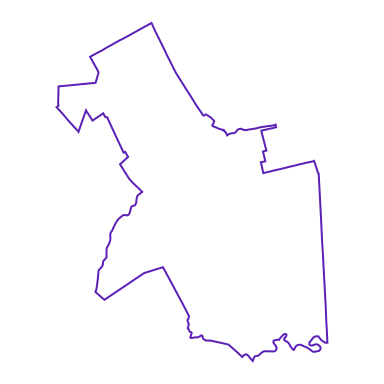 Parta, Timis, Romania
{"feature_id": "2599482B10795171488461", "entity_name": "Parta", "entity_type": "district", "adm_level": 2, "iso_a3": "ROU", "parent_name": "Romania", "parent_adm1": "Timis", "projection": "orthographic", "projection_center": [21.142, 45.621], "detail": "fine", "context": "isolated", "style": "outline", "palette": "violet", "viewbox_px": 384, "rotation_deg": 0, "n_neighbors": 0, "source": "geoboundaries", "source_scale": "gbopen_adm2", "svg_char_len": 5772}
<svg xmlns="http://www.w3.org/2000/svg" viewBox="0 0 384 384"><path d="M327.4,342.7L326.9,331.6L326.4,323.2L325.9,312.3L325.9,309.7L325.2,297.3L324.4,282.0L323.5,265.7L323.0,255.3L322.5,247.9L322.0,239.3L321.1,220.2L319.6,190.8L319.1,181.5L318.7,173.7L318.1,173.2L315.0,163.5L314.1,160.9L313.7,161.1L310.9,161.8L306.9,162.6L302.0,163.8L299.4,164.4L295.4,165.4L291.5,166.3L283.1,168.4L279.7,169.2L274.3,170.4L270.4,171.4L269.2,171.7L263.3,173.1L261.5,164.9L260.8,162.3L265.3,161.3L263.8,155.0L263.0,151.5L266.4,150.6L265.9,148.7L264.1,141.8L262.4,135.2L261.5,131.6L261.4,130.6L265.5,129.7L270.3,128.6L271.3,128.4L271.5,128.3L272.1,128.3L272.9,128.1L273.7,127.8L274.5,127.6L276.0,127.3L275.9,126.9L275.9,126.6L275.9,126.0L275.7,125.5L275.6,124.6L274.1,125.2L273.7,125.4L273.3,125.4L272.7,125.5L271.9,125.6L270.8,125.8L269.4,126.0L267.4,126.2L265.9,126.4L265.5,126.5L264.3,126.7L263.2,126.8L262.3,126.9L261.3,127.1L260.5,127.3L259.2,127.6L257.4,128.0L256.5,128.3L255.4,128.5L254.4,128.7L253.2,128.9L251.9,129.1L251.1,129.2L250.4,129.3L249.1,129.5L247.9,129.8L246.7,130.0L245.9,130.1L245.3,130.1L244.9,130.0L243.5,129.8L243.1,129.7L242.5,129.4L241.5,129.0L241.2,128.8L240.7,128.8L240.4,128.8L239.0,129.1L238.5,129.2L238.1,129.4L237.9,129.6L237.4,129.9L237.2,130.1L237.0,130.4L236.8,130.8L236.4,131.4L236.1,131.8L235.4,132.4L235.1,132.6L234.7,132.9L234.1,133.1L233.3,133.2L232.6,133.2L231.8,133.3L231.0,133.4L230.4,133.6L229.9,133.7L229.1,134.0L228.6,134.3L228.3,134.5L227.9,134.9L227.2,135.4L226.2,133.3L225.9,132.9L225.8,132.6L225.6,132.3L225.5,132.2L225.5,131.9L225.3,131.8L225.2,131.7L224.9,131.5L224.7,131.5L224.6,131.4L224.2,130.5L223.7,129.9L223.1,130.4L222.9,130.2L221.6,129.5L221.3,129.3L220.9,129.3L220.4,129.2L219.8,129.1L219.2,128.8L217.7,128.2L215.7,127.3L214.3,126.8L213.6,126.5L212.3,125.7L212.5,125.0L213.5,123.0L214.0,122.1L214.1,120.9L211.4,118.0L208.9,116.2L206.0,114.5L205.6,114.4L204.6,115.1L203.3,116.1L203.5,115.8L199.9,110.6L198.0,107.8L196.1,104.9L195.6,104.3L195.4,103.9L193.6,100.9L190.5,95.9L185.7,88.5L179.9,79.2L175.6,72.4L174.9,70.9L173.1,67.4L168.6,58.3L166.7,54.8L166.5,54.2L166.1,53.2L163.9,48.6L162.0,44.8L158.6,37.9L155.8,32.3L153.9,28.2L151.5,23.0L151.0,23.3L144.6,26.8L133.0,33.2L121.6,39.5L121.2,39.5L113.6,43.7L110.7,45.4L106.3,47.8L102.0,50.4L97.2,52.9L93.9,54.7L90.1,56.8L97.3,69.8L98.3,71.6L98.5,72.9L95.6,82.8L58.6,86.4L58.2,100.3L58.1,103.2L58.2,104.4L58.6,105.7L56.6,107.2L57.0,107.6L63.1,114.3L68.4,120.6L78.2,131.4L78.5,131.8L83.2,118.3L86.0,110.4L86.6,111.5L90.2,116.9L92.5,120.6L97.1,117.5L103.2,113.3L105.4,117.2L107.1,117.2L118.0,140.7L123.1,151.6L123.6,152.7L125.2,151.9L128.1,156.9L120.0,164.3L122.7,168.5L126.4,174.4L129.3,179.0L131.2,181.0L131.7,181.6L131.7,181.8L137.1,186.9L138.8,188.4L138.8,188.5L142.2,191.9L139.7,193.9L137.6,195.6L137.1,196.7L136.7,198.3L136.4,200.9L136.1,203.0L135.2,205.0L134.7,205.4L133.9,205.7L132.8,205.9L132.0,206.3L131.3,207.0L130.8,208.4L130.3,210.6L129.6,213.1L129.2,213.9L128.4,214.8L127.5,215.3L126.8,215.3L125.5,215.1L124.2,215.0L123.4,215.2L122.6,215.5L121.7,216.3L120.4,217.3L118.2,219.3L117.0,221.0L115.6,223.3L114.2,226.0L113.0,228.7L111.8,231.2L110.8,232.5L110.4,233.8L110.2,235.4L110.3,236.9L110.4,238.8L110.2,240.3L109.7,242.0L109.0,243.8L108.4,245.2L107.3,246.8L106.7,248.4L106.5,250.2L106.5,252.3L106.5,255.3L106.5,257.4L105.8,258.4L104.7,259.4L103.5,260.8L103.1,262.3L102.9,264.3L102.4,265.8L101.5,267.2L100.6,268.2L99.1,269.7L98.5,270.9L98.4,272.5L98.2,275.0L97.6,280.5L96.9,286.1L96.5,288.7L95.8,291.1L95.4,292.0L98.3,294.5L104.4,299.8L119.0,290.0L126.0,285.3L136.2,278.4L144.3,273.0L155.9,269.4L163.0,267.2L164.0,269.1L171.8,283.5L176.5,292.3L179.4,297.7L183.6,305.6L189.0,316.1L188.9,316.3L188.8,316.8L188.7,317.7L188.4,318.8L188.1,319.3L187.6,319.7L187.4,320.4L187.7,321.0L187.8,321.5L188.1,322.3L188.4,323.0L188.6,323.7L188.7,324.6L188.6,325.4L188.3,326.2L188.0,327.0L187.7,327.9L187.7,328.4L187.9,328.6L188.3,328.9L188.7,329.4L189.1,330.2L189.2,330.7L189.5,331.5L190.3,331.9L190.9,332.1L191.3,332.4L191.6,332.7L191.7,333.0L191.6,333.4L191.1,334.9L190.4,337.0L190.4,337.6L191.2,338.0L192.4,337.9L193.1,337.8L193.7,337.6L195.1,337.3L195.9,337.4L196.6,337.5L197.4,337.3L198.7,336.9L199.5,336.6L200.2,336.1L200.8,335.7L201.1,335.3L201.5,335.3L202.0,335.6L202.4,335.9L202.5,336.4L202.7,337.1L202.7,337.9L203.1,338.5L203.5,338.9L204.0,339.3L204.5,339.8L205.3,340.1L205.7,340.5L209.9,340.5L210.6,340.6L220.8,342.8L228.3,344.5L235.5,350.7L239.1,354.0L242.2,357.0L243.5,355.5L245.3,354.5L246.4,354.3L247.8,355.2L249.9,357.8L251.1,359.3L252.0,360.3L252.8,361.0L253.6,358.3L254.1,357.3L254.7,356.5L255.5,356.2L257.6,355.8L258.2,355.6L258.9,355.2L260.0,354.2L261.5,352.8L263.6,351.4L264.4,351.3L265.4,351.2L267.3,351.3L270.2,351.3L272.3,351.4L273.8,351.5L275.2,350.9L276.0,350.0L276.5,349.0L276.5,347.9L276.3,347.1L275.8,345.9L274.1,343.7L273.3,342.1L273.7,340.7L274.5,340.3L276.2,340.0L277.8,339.7L279.0,339.9L279.9,338.5L281.4,336.8L282.7,335.4L284.1,334.1L285.2,334.0L286.3,334.3L286.5,335.1L286.1,336.3L284.8,337.9L284.0,339.0L284.1,339.6L284.4,340.1L285.0,340.7L286.5,341.4L287.6,342.1L288.7,343.2L289.4,344.3L290.8,346.8L292.5,349.0L293.1,349.7L293.7,349.9L294.3,349.5L294.6,348.6L295.1,347.5L295.8,346.5L296.5,345.7L298.0,344.9L299.7,344.7L300.9,344.9L302.3,345.5L304.1,346.4L307.4,347.7L309.2,349.0L311.0,350.2L312.0,351.2L313.0,351.7L314.7,351.8L317.4,351.2L319.0,350.9L319.9,350.0L320.4,349.0L320.6,348.2L320.4,347.3L320.1,346.7L319.1,345.5L317.7,344.6L315.9,344.2L314.0,344.9L312.1,345.5L311.1,345.5L309.5,344.8L309.4,344.1L309.5,342.6L309.5,342.1L309.8,341.8L310.8,340.9L311.9,339.3L313.1,337.7L314.9,336.5L317.6,336.3L318.3,336.3L319.3,337.5L320.7,339.5L322.7,341.2L324.4,342.3L325.3,342.6L326.0,342.8L327.4,342.7Z" fill="none" stroke="#5b21b6" stroke-width="2"/></svg>